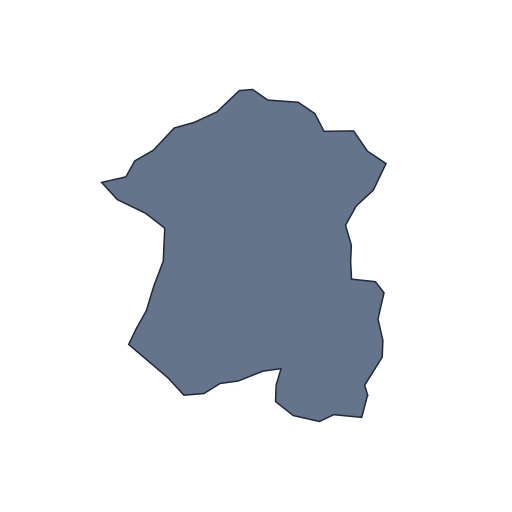 the district of Gnosjö, Jönköping, Sweden, rotated 29°
{"feature_id": "70781695B2934686109995", "entity_name": "Gnosjö", "entity_type": "district", "adm_level": 2, "iso_a3": "SWE", "parent_name": "Sweden", "parent_adm1": "Jönköping", "projection": "orthographic", "projection_center": [13.855, 57.379], "detail": "fine", "context": "isolated", "style": "filled", "palette": "slate", "viewbox_px": 512, "rotation_deg": 29, "n_neighbors": 0, "source": "geoboundaries", "source_scale": "gbopen_adm2", "svg_char_len": 804}
<svg xmlns="http://www.w3.org/2000/svg" viewBox="0 0 512 512"><g transform="rotate(29 256 256)"><path d="M421.3,323.7L413.7,316.4L415.4,283.2L408.0,268.5L393.2,251.9L385.8,226.1L372.9,220.6L350.8,229.9L341.6,215.2L334.2,200.4L319.4,185.7L319.4,163.6L326.7,141.5L324.9,112.1L302.8,110.3L280.7,99.3L255.0,114.0L238.5,102.9L218.3,101.1L190.7,113.9L172.3,112.0L161.2,119.4L152.0,148.8L137.2,169.0L122.4,183.7L115.0,213.1L103.9,231.5L103.8,249.9L85.3,266.5L107.4,273.9L138.8,272.2L162.7,275.9L177.4,305.5L181.1,331.3L186.6,357.2L186.5,377.5L187.5,395.1L210.5,399.7L238.3,405.3L260.4,412.7L277.1,401.6L286.3,385.0L301.1,373.9L317.7,353.5L332.5,342.4L336.2,359.1L343.6,373.8L365.8,377.5L391.7,370.0L400.9,357.1L426.7,345.9L421.1,323.8L421.3,323.7Z" fill="#64748b" stroke="#1e293b" stroke-width="1.5"/></g></svg>